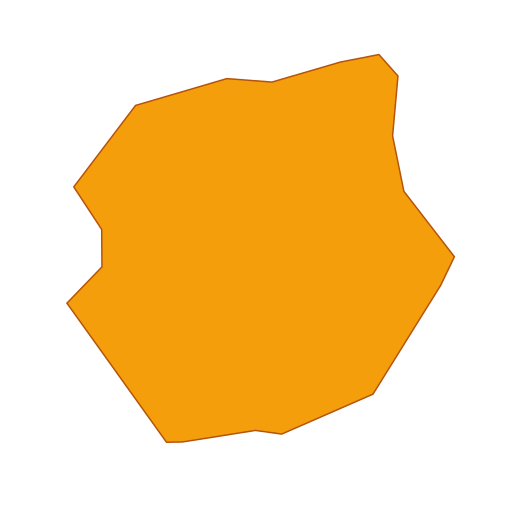 Tahoua Ville, Tahoua, Niger, rotated 259°
{"feature_id": "23599985B25077979802367", "entity_name": "Tahoua Ville", "entity_type": "district", "adm_level": 2, "iso_a3": "NER", "parent_name": "Niger", "parent_adm1": "Tahoua", "projection": "mercator", "projection_center": [5.259, 14.899], "detail": "fine", "context": "isolated", "style": "filled", "palette": "amber", "viewbox_px": 512, "rotation_deg": 259, "n_neighbors": 0, "source": "geoboundaries", "source_scale": "gbopen_adm2", "svg_char_len": 404}
<svg xmlns="http://www.w3.org/2000/svg" viewBox="0 0 512 512"><g transform="rotate(259 256 256)"><path d="M274.7,102.7L245.8,61.4L90.3,132.6L87.5,148.2L84.9,222.1L76.3,247.2L98.1,344.5L192.1,431.8L217.4,450.6L291.3,413.5L347.8,413.0L405.6,429.7L430.3,415.1L430.3,376.0L423.7,304.8L435.7,261.2L426.8,166.5L358.6,90.3L311.5,109.6L274.7,102.7Z" fill="#f59e0b" stroke="#b45309" stroke-width="1.5"/></g></svg>